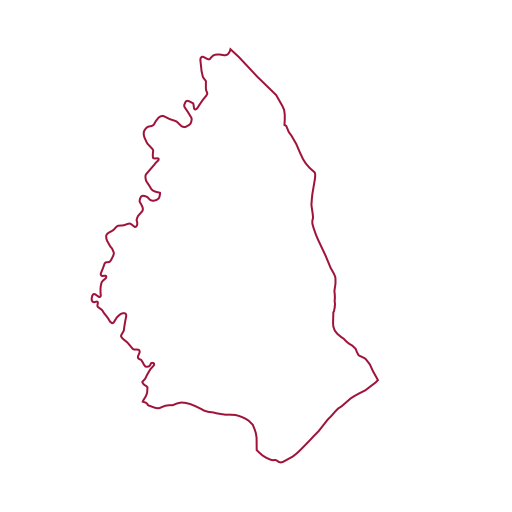 the district of Mueang Chan, Si Sa Ket, Thailand, rotated 15°
{"feature_id": "78962969B71866574458891", "entity_name": "Mueang Chan", "entity_type": "district", "adm_level": 2, "iso_a3": "THA", "parent_name": "Thailand", "parent_adm1": "Si Sa Ket", "projection": "equal_earth", "projection_center": [103.998, 15.191], "detail": "fine", "context": "isolated", "style": "outline", "palette": "rose", "viewbox_px": 512, "rotation_deg": 15, "n_neighbors": 0, "source": "geoboundaries", "source_scale": "gbopen_adm2", "svg_char_len": 6134}
<svg xmlns="http://www.w3.org/2000/svg" viewBox="0 0 512 512"><g transform="rotate(15 256 256)"><path d="M306.9,443.3L309.7,444.9L314.0,447.0L318.0,448.2L321.9,448.9L324.4,449.0L326.0,448.6L327.0,448.1L328.2,448.1L329.5,448.3L331.4,449.1L333.4,449.0L335.2,448.0L343.3,440.3L345.8,437.0L348.0,433.7L354.8,421.7L358.5,414.8L361.9,408.8L367.4,395.9L368.7,393.5L369.8,391.7L372.6,386.0L374.3,382.9L375.2,381.6L376.6,380.2L378.0,378.4L384.2,369.2L387.0,366.1L390.8,362.4L396.3,357.5L404.2,347.3L405.9,344.3L398.6,336.8L394.1,331.3L389.0,327.4L387.3,326.6L384.3,326.0L381.7,325.6L380.7,325.2L378.4,322.8L376.3,319.9L374.5,318.9L372.1,317.6L368.8,316.7L365.4,315.2L362.1,313.2L359.2,312.2L354.8,310.2L351.7,307.9L350.6,306.6L349.0,304.2L347.8,300.9L345.3,290.4L345.6,289.3L345.6,288.5L345.5,287.6L345.4,287.1L345.4,285.1L345.1,284.5L344.9,282.6L344.4,281.1L343.8,279.6L343.3,277.9L343.2,276.4L342.9,275.9L342.8,275.2L341.8,272.1L340.9,269.9L340.6,268.1L340.0,262.6L339.3,259.7L338.5,257.0L337.9,255.6L335.8,252.9L331.1,248.1L323.3,237.9L311.8,224.3L308.5,220.1L304.2,213.8L302.2,210.4L301.8,209.4L301.3,207.3L301.2,204.6L301.0,203.7L299.9,200.7L297.5,195.2L296.3,192.3L296.1,191.2L295.2,186.6L294.4,181.6L293.0,166.7L292.5,163.5L292.0,161.7L291.1,160.1L285.1,157.1L281.1,154.4L279.4,153.1L276.3,150.2L271.9,145.0L265.8,137.3L259.2,130.7L255.5,127.7L251.5,122.5L251.3,122.4L249.6,122.1L248.4,116.5L247.1,111.8L245.6,108.2L244.9,107.0L242.5,104.1L233.8,95.3L210.7,82.4L187.7,68.1L177.8,62.9L177.8,64.4L177.5,66.1L176.8,67.9L176.1,68.9L175.6,69.3L174.6,69.9L173.6,70.3L168.5,70.8L165.3,71.8L163.9,72.5L162.7,73.5L161.5,75.4L160.4,77.7L160.0,78.1L159.3,78.3L158.1,78.3L153.5,77.3L152.6,77.4L152.0,77.8L151.6,78.5L151.3,79.4L151.4,80.0L151.5,81.0L155.6,91.6L158.2,96.5L158.8,97.3L162.1,99.8L162.5,100.5L163.9,106.0L164.4,107.6L165.1,109.1L166.6,111.0L166.9,111.8L166.6,113.7L164.2,119.0L162.1,125.0L161.2,128.0L160.4,129.5L159.6,130.1L159.1,130.2L158.5,130.0L157.8,129.1L156.2,125.4L155.7,124.8L151.7,123.9L150.1,123.8L149.2,124.0L148.5,124.6L148.2,125.1L148.0,125.7L147.7,127.8L147.6,128.9L147.9,129.7L148.4,130.6L153.1,134.7L157.7,139.1L158.4,140.3L158.6,141.5L158.7,143.3L158.5,144.8L158.2,145.6L157.5,146.7L156.3,147.9L154.5,149.6L153.5,150.0L151.9,150.1L150.5,149.9L147.7,148.4L145.2,147.0L144.2,146.6L142.4,146.4L137.2,146.1L130.7,144.8L129.6,144.8L128.0,145.6L127.0,146.5L126.0,147.7L124.3,151.7L123.7,153.8L123.6,154.7L123.3,155.5L122.9,156.2L121.6,157.4L118.2,159.1L117.4,160.1L116.6,161.2L115.7,163.8L115.6,164.4L115.7,166.4L116.6,168.8L117.6,170.4L120.7,174.2L122.2,175.7L128.5,179.6L129.1,180.3L129.4,180.8L130.0,184.5L130.7,186.9L131.1,187.7L131.4,188.0L132.1,188.1L132.9,188.0L135.7,187.1L136.2,187.1L136.6,187.2L136.9,187.7L137.0,188.4L136.9,188.7L136.8,189.1L135.2,191.6L134.1,194.2L128.6,205.6L128.5,206.4L128.5,207.2L128.7,207.9L129.0,209.0L129.8,210.8L130.5,211.9L131.1,212.5L134.8,215.8L137.3,218.2L138.3,218.9L139.6,219.5L141.3,219.8L142.6,219.9L146.9,219.8L147.1,220.3L147.3,221.5L147.4,223.8L147.3,224.9L147.2,225.3L146.4,226.5L145.9,227.1L145.1,227.8L143.5,228.8L141.9,229.4L140.4,229.4L139.3,229.2L138.4,228.8L136.2,227.4L134.8,227.0L132.2,226.9L131.0,227.2L130.5,227.5L130.0,227.9L129.7,228.3L129.4,229.2L129.2,230.4L129.2,231.9L129.4,233.2L129.8,233.9L131.6,235.7L133.6,238.0L134.4,239.4L134.7,240.8L134.6,241.8L134.4,242.5L131.7,247.8L131.4,249.9L131.3,250.9L131.4,252.2L131.7,252.8L132.7,254.6L133.1,256.2L133.1,257.1L132.8,258.2L132.6,258.6L132.1,259.1L131.5,259.3L130.6,259.0L127.3,257.6L126.1,257.3L125.5,257.4L124.5,257.8L122.7,258.9L121.1,260.1L119.5,260.9L115.1,262.4L114.2,263.2L113.2,264.6L111.9,267.3L109.9,269.6L108.8,270.5L107.3,272.1L106.9,272.6L106.2,274.1L106.1,274.9L106.3,276.2L107.0,278.0L107.7,279.1L108.4,280.0L110.8,282.5L112.9,284.6L114.7,285.8L115.4,286.5L117.4,289.0L117.8,289.7L118.1,290.8L118.0,292.7L117.6,294.8L117.0,297.5L116.5,298.8L116.3,299.2L115.7,299.8L112.5,301.1L112.1,301.6L111.7,302.6L111.3,307.5L110.6,313.1L110.7,313.8L110.9,314.1L111.6,314.9L112.0,315.1L112.6,315.1L114.5,314.4L115.8,314.0L116.4,314.2L116.7,314.6L116.8,315.8L116.7,316.2L116.3,316.9L114.6,319.3L114.2,320.2L113.8,321.1L113.7,322.1L113.8,325.1L114.1,327.1L115.2,331.3L116.3,334.4L116.3,335.1L116.1,335.5L115.8,336.0L115.3,336.2L114.7,336.1L110.5,334.6L109.8,334.6L109.1,334.8L108.8,335.1L108.5,335.6L108.1,336.9L108.2,338.8L108.3,339.7L108.8,341.1L109.0,341.6L109.8,342.2L110.2,342.5L110.9,342.6L111.7,342.5L113.8,341.3L114.5,341.2L114.8,341.3L115.1,341.7L115.4,342.2L115.6,344.8L115.8,345.3L116.2,345.9L116.6,346.2L121.0,347.9L121.9,348.6L124.3,350.8L127.4,353.0L129.8,355.0L131.8,357.0L133.6,357.9L134.1,358.1L134.5,358.1L134.9,357.9L135.4,357.5L135.7,357.1L137.4,351.6L138.1,350.3L139.1,348.7L140.4,347.0L141.1,346.4L142.0,345.9L143.2,345.4L144.1,345.3L144.9,345.5L145.3,345.8L145.8,346.5L146.1,347.2L146.3,348.5L146.5,352.5L147.1,358.3L147.6,362.3L147.5,362.9L146.4,367.0L146.3,367.6L146.4,368.4L147.4,369.5L147.9,369.9L149.8,370.9L154.1,372.8L161.0,377.6L161.5,377.8L162.8,377.8L164.9,377.2L166.7,377.0L167.1,377.0L167.6,377.3L168.2,378.1L168.5,378.9L168.5,379.4L168.4,380.5L168.0,383.1L168.0,383.7L168.3,384.8L168.8,385.3L169.1,385.5L170.0,385.8L171.5,386.0L172.1,386.2L174.4,388.3L175.8,389.9L177.6,391.3L178.4,391.4L179.3,391.2L180.5,390.7L181.4,390.1L181.6,389.8L181.8,389.3L182.1,388.3L182.4,386.7L182.7,386.5L183.4,386.1L184.0,386.0L184.7,386.0L185.3,386.3L185.7,387.3L185.6,388.2L183.3,392.7L182.7,394.7L181.6,398.7L180.8,402.9L180.5,403.7L178.9,406.7L178.8,407.1L179.0,407.5L180.0,408.5L181.5,409.4L183.9,410.1L185.1,410.9L185.3,411.6L186.2,416.2L186.1,418.2L185.8,420.2L184.6,424.2L184.3,426.0L187.6,426.2L188.3,426.5L189.7,427.3L190.0,427.9L191.4,428.3L192.5,428.3L196.8,428.7L199.2,428.7L201.4,428.2L202.3,427.8L204.5,426.0L207.2,424.1L210.5,422.7L214.3,421.6L217.5,419.1L221.6,416.9L225.4,416.2L230.4,416.0L236.1,416.7L242.9,418.0L244.6,418.5L246.2,418.8L250.2,418.9L255.0,418.2L259.4,418.1L267.6,417.2L271.1,416.2L277.2,414.9L280.9,414.9L284.8,415.3L288.0,415.9L291.4,416.9L296.6,419.9L299.9,424.3L301.7,427.2L303.6,431.4L306.9,443.3Z" fill="none" stroke="#9f1239" stroke-width="2"/></g></svg>